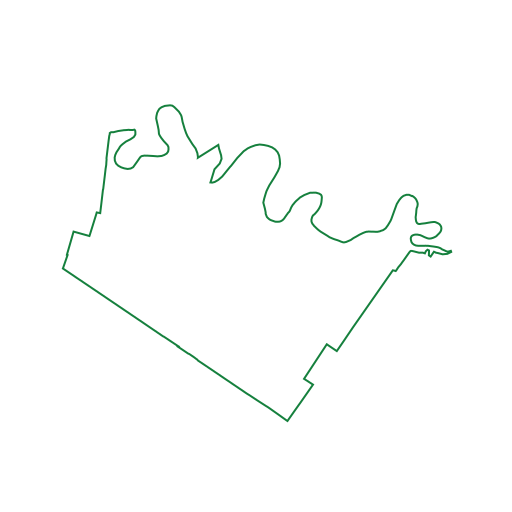 Radulesti, Ialomita, Romania, rotated 346°
{"feature_id": "2599482B66503708972863", "entity_name": "Radulesti", "entity_type": "district", "adm_level": 2, "iso_a3": "ROU", "parent_name": "Romania", "parent_adm1": "Ialomita", "projection": "orthographic", "projection_center": [26.36, 44.763], "detail": "fine", "context": "isolated", "style": "outline", "palette": "green", "viewbox_px": 512, "rotation_deg": 346, "n_neighbors": 0, "source": "geoboundaries", "source_scale": "gbopen_adm2", "svg_char_len": 5507}
<svg xmlns="http://www.w3.org/2000/svg" viewBox="0 0 512 512"><g transform="rotate(346 256 256)"><path d="M446.3,298.1L444.6,298.2L443.1,298.2L441.6,297.3L440.3,296.2L438.2,294.6L436.9,293.1L435.1,291.8L433.7,291.1L430.4,289.7L427.8,288.7L425.6,287.8L422.7,287.0L421.2,286.7L418.4,286.0L416.0,285.4L413.7,284.5L412.1,283.3L410.8,281.7L410.2,280.0L410.2,277.9L410.4,276.4L411.0,275.2L411.9,274.3L412.9,273.9L414.6,273.7L415.9,273.8L417.6,274.2L418.9,274.8L420.4,275.5L422.1,276.8L424.0,278.4L426.5,280.2L428.1,281.0L430.1,281.3L432.2,281.2L434.0,280.9L435.8,280.4L437.2,279.5L439.1,278.4L440.6,277.3L441.7,276.1L442.5,274.3L442.7,273.0L442.7,272.1L442.3,270.9L441.9,269.8L440.9,268.6L438.9,267.0L437.8,266.3L436.2,265.9L433.9,265.6L431.4,265.4L428.2,265.2L424.4,264.7L422.9,264.6L421.9,264.4L420.9,263.8L420.2,262.9L419.8,261.3L419.9,259.4L420.3,256.9L420.8,255.7L421.9,252.8L422.6,250.6L423.4,248.6L424.6,246.9L425.5,244.7L425.6,243.0L425.3,241.1L425.0,239.7L424.3,238.2L423.4,236.9L422.3,235.6L422.0,235.6L421.8,235.6L420.3,234.4L419.4,233.7L416.8,233.0L413.7,233.3L411.4,234.3L410.5,234.9L408.5,236.4L405.2,239.6L402.0,244.3L396.1,253.1L394.9,254.6L391.4,258.1L388.5,260.5L385.8,261.6L385.0,261.7L383.3,261.8L382.8,261.9L382.2,262.0L379.7,261.9L379.2,261.8L378.1,261.5L375.1,260.6L373.5,260.2L371.2,259.5L370.0,259.4L369.2,259.2L367.3,259.3L365.2,259.6L361.4,260.4L359.4,261.0L358.0,261.4L354.9,262.2L351.8,263.4L346.8,264.2L344.6,264.1L343.9,263.8L343.6,263.7L342.9,263.2L342.2,262.8L340.5,261.5L338.9,260.4L336.1,258.7L334.4,257.5L332.6,256.1L332.0,255.7L330.2,253.7L324.6,248.0L322.9,245.9L321.8,244.3L320.8,242.7L320.2,241.7L320.0,241.4L319.8,241.2L319.1,239.5L318.6,238.5L318.4,237.8L318.3,237.0L318.2,236.3L318.2,236.1L318.2,235.9L318.6,234.1L319.8,231.9L321.0,230.5L322.9,229.6L324.0,228.9L325.0,228.2L326.4,227.2L327.8,226.0L329.1,224.7L330.3,223.3L331.3,221.9L331.9,220.8L332.3,220.0L332.9,218.5L333.6,216.5L334.1,215.0L334.2,213.6L333.9,212.3L332.3,210.7L329.4,209.0L323.7,207.7L320.8,208.1L317.7,208.5L312.8,209.9L311.4,210.7L308.3,212.3L306.9,213.2L306.3,213.6L305.6,214.2L304.0,215.3L303.2,216.1L302.3,217.0L301.8,217.6L301.3,218.2L301.1,218.5L300.3,219.6L299.4,220.7L298.8,221.2L298.1,221.6L297.2,222.2L296.6,222.8L295.6,223.6L294.6,224.5L293.5,225.4L293.1,225.8L292.3,226.5L291.5,227.0L291.1,227.3L290.0,227.8L289.0,228.1L288.6,228.2L287.7,228.3L287.3,228.3L286.9,228.3L285.2,228.0L284.3,227.7L283.6,227.6L282.4,227.0L281.4,226.3L280.0,225.4L278.6,224.4L277.6,223.3L276.6,221.8L276.1,220.9L276.0,220.6L275.8,219.1L275.6,217.4L275.9,216.1L276.0,214.5L276.0,214.4L276.1,212.3L276.0,206.0L276.7,204.6L277.9,202.2L280.5,197.8L281.8,195.7L283.6,193.5L286.0,190.7L292.8,184.2L295.0,181.9L298.0,178.7L299.0,177.3L300.3,175.6L301.7,172.2L302.4,168.1L302.7,164.4L302.7,164.0L302.1,160.6L300.6,157.7L300.4,157.3L297.9,154.5L294.4,152.1L290.5,150.2L286.5,148.7L282.2,148.4L277.3,148.9L273.9,149.6L272.2,150.3L271.4,150.6L269.5,151.3L268.2,152.1L267.3,152.7L261.6,156.3L253.6,162.5L252.6,163.1L248.7,166.0L243.8,169.7L242.3,170.8L237.7,173.1L233.8,174.2L231.3,174.2L229.6,173.6L231.7,170.2L233.6,167.0L235.1,164.5L236.7,161.8L243.2,157.5L245.1,154.8L246.1,153.4L246.5,149.8L246.1,142.6L246.3,139.1L223.4,146.6L223.6,146.1L224.0,142.0L223.4,137.1L222.3,134.4L221.4,132.2L220.6,129.8L218.5,123.2L217.9,119.8L217.5,115.4L217.2,108.1L217.5,103.1L217.4,101.5L217.2,100.7L216.1,97.3L212.8,91.8L211.2,89.9L209.1,89.0L203.9,88.3L200.3,88.8L197.9,89.8L196.3,91.3L194.7,93.2L193.2,96.2L192.4,98.4L192.2,106.4L192.0,110.2L191.4,114.0L191.7,115.7L192.6,118.4L194.3,122.2L197.0,127.1L197.4,129.1L196.9,131.4L196.0,133.4L194.1,135.0L191.4,135.8L188.7,136.1L184.6,135.5L180.1,134.0L175.3,132.5L172.0,131.6L169.5,131.4L168.6,131.6L167.8,132.0L167.0,132.6L163.6,135.6L158.3,140.1L155.5,140.8L152.5,140.5L149.4,139.1L146.7,137.4L144.2,135.1L142.6,132.5L142.1,129.3L142.7,126.2L143.9,123.9L145.7,121.6L149.1,118.5L150.1,117.4L151.5,116.3L153.6,115.2L157.5,113.5L162.4,112.4L166.2,111.0L167.3,110.0L168.3,109.0L168.7,107.6L169.0,106.2L169.1,104.9L168.6,104.0L166.7,103.9L166.1,103.7L165.6,103.6L163.8,103.1L163.7,103.1L163.2,102.8L161.9,102.6L160.5,102.4L158.9,102.1L157.9,101.9L157.5,101.9L153.5,101.5L152.6,101.4L152.2,101.4L147.5,101.4L146.6,101.1L145.4,100.8L143.9,101.3L143.5,102.5L142.6,104.1L142.1,105.4L141.5,106.9L140.9,108.4L134.6,124.9L134.5,125.4L134.4,126.1L133.5,128.8L132.7,131.4L131.2,134.9L128.5,142.1L127.8,143.9L123.9,154.2L123.6,154.5L118.4,168.3L115.2,176.7L112.0,175.2L110.8,177.3L99.8,195.4L99.2,196.3L84.9,188.2L72.8,209.1L73.4,209.5L71.5,212.4L67.0,219.3L66.1,220.7L65.6,221.4L71.2,227.6L77.1,234.2L86.4,244.5L103.0,263.0L133.4,296.9L146.5,311.6L147.0,311.9L158.3,324.3L158.9,324.9L158.3,325.1L161.3,328.4L166.6,334.3L167.5,334.9L171.6,339.5L173.1,341.4L173.7,342.0L174.5,343.5L180.4,350.0L196.0,367.4L213.2,386.6L214.4,387.9L215.7,389.2L222.4,396.5L230.1,404.7L230.4,404.9L232.7,407.5L245.7,422.7L246.6,423.7L248.9,421.7L255.5,416.0L261.9,410.5L263.0,409.6L280.2,394.6L272.9,386.8L303.3,358.8L311.4,367.8L320.0,360.2L332.7,348.8L385.3,303.0L386.6,303.6L387.9,304.4L388.6,303.9L391.4,301.3L394.6,299.0L396.3,297.5L397.8,296.3L405.7,289.5L406.7,288.8L407.4,288.5L408.5,288.8L410.3,289.7L412.5,290.9L415.1,292.3L415.8,292.4L418.6,293.1L420.5,294.3L421.9,292.5L423.9,291.4L425.2,292.5L424.6,294.8L423.9,297.2L425.3,298.8L429.7,294.9L430.5,295.5L431.2,296.2L433.3,297.2L437.5,299.5L442.2,300.2L442.6,300.1L446.4,299.3L446.4,299.0L446.3,298.1Z" fill="none" stroke="#15803d" stroke-width="2"/></g></svg>